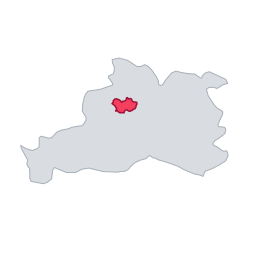 Slovenia, with Trebnje highlighted, rotated 189°
{"feature_id": "SVN-999", "entity_name": "Trebnje", "entity_type": "Municipality", "adm_level": 1, "iso_a3": "SVN", "parent_name": "Slovenia", "parent_adm1": "", "projection": "orthographic", "projection_center": [15.067, 45.922], "detail": "fine", "context": "in_parent", "style": "filled", "palette": "rose", "viewbox_px": 256, "rotation_deg": 189, "n_neighbors": 0, "source": "natural_earth", "source_scale": "10m", "svg_char_len": 2680}
<svg xmlns="http://www.w3.org/2000/svg" viewBox="0 0 256 256"><g transform="rotate(189 128 128)"><path d="M231.2,93.9L225.4,91.6L218.4,90.8L217.1,92.1L214.3,93.4L212.9,95.7L214.1,104.7L212.4,106.3L204.5,105.5L201.9,106.6L197.6,112.9L193.2,115.6L187.6,117.6L183.4,119.9L178.1,121.9L173.7,123.1L171.9,125.9L170.8,129.0L171.1,131.9L175.8,137.6L176.4,143.8L176.0,151.4L175.0,155.4L173.2,158.1L161.8,161.7L150.1,167.9L149.8,169.3L155.2,174.8L155.4,176.2L151.0,179.3L150.6,182.5L151.1,186.1L153.5,189.8L154.3,193.2L147.8,195.7L139.0,194.8L128.6,190.1L124.9,190.8L121.4,193.2L117.8,192.1L113.8,189.2L108.2,183.2L105.5,179.5L104.4,175.6L102.9,175.0L100.6,176.1L98.6,180.9L93.4,189.4L89.5,191.7L83.7,191.1L75.5,191.2L70.5,191.8L64.3,188.7L62.8,189.3L62.8,191.2L60.4,194.3L56.6,196.3L39.0,191.4L36.6,187.6L40.6,185.8L46.2,181.0L49.9,181.6L54.5,180.6L56.6,178.5L53.8,172.3L46.6,164.4L42.8,161.4L37.5,159.4L36.6,157.3L39.8,145.2L38.9,143.5L32.9,143.9L31.5,142.6L31.0,140.5L31.5,137.6L35.7,133.0L40.3,128.9L41.5,126.5L41.4,124.7L35.6,122.7L32.2,120.7L29.4,120.0L27.5,121.0L26.1,119.8L24.8,116.3L26.3,111.0L31.6,106.2L37.3,101.9L42.2,98.8L45.0,97.5L46.4,92.0L49.3,92.7L55.0,93.0L61.4,94.4L67.3,96.0L72.6,98.0L83.6,100.1L93.6,101.4L96.6,102.6L99.1,102.5L102.1,104.2L103.9,102.9L105.2,100.7L110.7,98.2L115.7,94.8L119.3,90.5L121.3,87.0L124.7,84.6L128.4,83.9L131.8,82.7L145.9,81.1L160.5,82.3L167.4,79.9L173.1,75.7L181.4,74.4L181.9,74.4L194.4,77.5L195.3,75.6L195.8,74.8L195.5,65.7L199.4,61.5L203.0,59.7L215.4,60.1L217.1,62.8L217.8,67.2L219.0,72.9L221.1,74.5L222.3,76.8L222.1,80.8L224.6,83.8L230.5,91.8L231.2,93.9Z" fill="#d9dde1" stroke="#a8b0b8" stroke-width="1"/><path d="M141.3,154.5L140.1,154.0L139.8,153.7L139.4,153.4L139.1,153.1L138.7,152.7L138.4,152.4L138.1,152.5L137.9,152.6L137.5,153.3L137.2,153.7L136.6,153.8L136.3,153.9L135.7,154.0L135.0,154.6L134.5,155.1L134.2,155.7L134.1,157.6L133.4,157.9L133.0,157.7L132.7,157.2L131.6,156.8L130.3,157.5L129.5,157.3L128.9,156.9L128.6,156.4L128.5,155.9L128.2,155.4L127.6,154.9L127.0,154.7L123.5,154.8L123.1,154.1L122.9,153.1L123.3,152.1L123.6,149.6L123.8,148.8L124.3,148.0L125.6,147.3L126.8,145.9L127.7,145.6L128.6,144.8L129.6,144.8L130.5,145.0L131.7,145.8L133.3,145.3L133.8,144.6L134.1,143.8L134.2,143.0L134.4,142.4L135.3,142.2L136.9,142.3L137.6,141.8L138.1,141.8L138.3,141.8L139.4,142.0L140.5,142.8L140.8,143.2L141.2,143.4L141.7,143.3L142.1,143.0L142.4,142.8L142.7,142.8L142.9,143.0L142.8,143.5L142.5,143.9L142.3,144.3L142.2,144.9L142.7,145.8L143.6,147.0L145.2,148.4L147.5,149.6L146.7,151.1L146.7,151.5L146.8,151.9L146.8,152.3L146.1,153.9L145.6,154.4L144.7,154.8L143.9,155.0L141.3,154.5Z" fill="#f43f5e" stroke="#9f1239" stroke-width="1.5"/></g></svg>